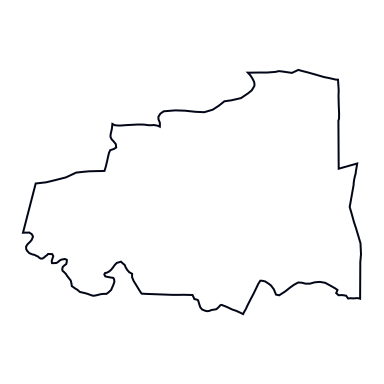 the district of Dangkao, Phnom Penh, Cambodia
{"feature_id": "14789045B25120607736063", "entity_name": "Dangkao", "entity_type": "district", "adm_level": 2, "iso_a3": "KHM", "parent_name": "Cambodia", "parent_adm1": "Phnom Penh", "projection": "albers", "projection_center": [104.846, 11.473], "detail": "fine", "context": "isolated", "style": "outline", "palette": "ink", "viewbox_px": 384, "rotation_deg": 0, "n_neighbors": 0, "source": "geoboundaries", "source_scale": "gbopen_adm2", "svg_char_len": 3184}
<svg xmlns="http://www.w3.org/2000/svg" viewBox="0 0 384 384"><path d="M360.1,298.7L360.3,262.0L361.0,254.3L360.5,243.3L360.0,241.6L356.1,228.5L354.0,222.2L352.0,214.9L349.7,207.0L353.6,185.0L353.7,183.1L354.1,179.9L354.8,176.7L355.6,173.7L355.9,171.4L357.2,163.5L338.7,168.7L338.4,120.6L339.0,119.0L339.1,113.6L338.7,104.2L338.6,98.7L338.5,96.0L338.7,90.3L338.0,79.7L335.8,79.6L330.2,78.3L323.8,77.0L315.9,74.7L308.1,72.5L303.0,71.2L300.0,70.4L298.4,69.9L291.9,72.9L283.1,71.6L278.9,71.1L275.4,71.9L267.6,72.5L261.9,72.5L248.0,72.7L247.9,72.7L250.5,75.5L252.7,79.0L254.2,82.2L254.5,84.7L254.3,86.1L251.7,90.4L248.1,93.3L241.0,98.1L231.4,100.3L224.4,101.3L218.7,105.8L212.7,109.7L204.3,112.2L195.4,111.8L185.0,110.7L176.2,110.4L175.0,110.4L163.7,111.3L160.3,113.7L158.4,116.8L158.5,119.3L159.8,122.6L159.9,124.7L159.8,126.7L158.2,125.9L155.2,125.2L153.7,125.0L152.0,125.2L148.6,125.2L144.8,124.7L141.6,124.5L137.7,124.5L132.7,124.8L126.5,125.1L121.0,125.5L118.0,125.5L114.7,125.2L112.4,123.9L111.9,128.6L111.1,132.3L110.6,134.4L110.5,137.0L111.7,139.4L113.7,141.5L115.8,144.1L116.2,147.5L113.8,149.0L110.2,150.2L109.0,152.9L108.0,156.9L107.2,160.8L105.7,167.0L104.5,170.9L102.6,171.0L96.7,171.1L89.0,171.3L83.6,171.8L76.1,172.6L65.9,177.4L54.5,180.3L46.2,182.3L35.7,183.5L23.0,232.7L25.9,232.6L27.2,232.7L29.1,232.5L31.5,234.0L32.3,235.0L33.0,236.8L31.6,240.0L30.1,241.8L27.5,244.3L26.1,246.6L26.2,249.1L27.0,250.6L28.4,252.2L29.3,253.1L31.1,253.9L32.7,254.5L34.4,254.8L36.5,255.9L37.9,256.5L39.5,257.9L40.8,258.6L42.6,258.5L44.2,257.4L45.6,256.1L47.0,255.2L48.0,254.0L52.2,254.1L53.3,256.1L52.5,258.4L51.7,261.1L52.0,263.1L54.5,263.1L56.2,263.0L57.8,262.2L59.7,260.5L61.4,259.6L64.9,259.0L66.8,259.8L66.8,261.7L66.2,264.1L64.4,265.4L62.8,266.9L62.2,269.1L62.6,270.8L64.1,272.1L65.8,273.8L67.0,275.7L68.6,277.8L70.7,280.5L71.5,283.7L71.8,286.1L73.3,287.1L74.9,288.3L77.4,289.8L79.8,291.9L81.8,292.4L84.9,293.1L88.0,294.0L91.4,295.3L93.6,295.8L96.8,295.2L99.5,294.5L101.2,294.1L103.5,293.9L106.4,293.9L108.1,292.7L111.1,290.0L112.1,287.7L113.6,284.2L114.4,281.6L114.1,279.4L113.3,277.9L109.0,277.2L105.3,276.4L104.3,274.4L105.0,273.1L106.8,272.7L109.3,271.4L111.2,269.7L113.4,266.9L114.9,264.8L116.8,262.9L121.0,261.7L123.0,263.6L124.6,264.8L125.7,267.4L127.2,269.9L129.2,272.2L132.1,273.8L132.1,277.3L133.7,281.1L136.4,285.4L139.6,290.7L141.6,293.6L143.8,293.8L173.4,294.9L184.2,294.8L192.5,295.0L193.6,297.3L194.4,299.1L196.5,299.5L198.1,300.3L199.1,303.7L200.2,307.1L202.1,309.5L205.3,310.8L207.6,311.2L209.6,310.8L211.5,310.0L214.1,309.6L216.4,309.2L218.6,307.2L220.4,305.2L221.6,304.9L225.0,306.2L227.2,307.1L229.3,308.1L232.2,309.5L236.1,310.8L239.9,312.5L243.1,314.1L244.0,312.2L245.7,309.3L247.8,304.8L250.5,299.5L253.6,293.6L256.7,287.2L258.3,283.8L260.3,280.7L262.5,280.8L265.3,281.5L268.8,283.8L271.0,285.5L273.9,289.4L276.0,294.6L279.2,295.3L285.1,291.5L289.9,287.7L293.8,284.9L298.2,282.5L301.8,282.7L305.7,283.7L309.7,283.7L314.8,282.3L319.8,281.9L325.2,282.8L329.6,285.2L335.1,288.3L337.5,290.0L336.2,293.1L338.5,295.2L342.5,295.1L346.1,295.7L348.1,298.5L350.3,298.2L353.3,298.4L357.0,298.1L358.7,298.3L360.1,298.7Z" fill="none" stroke="#020617" stroke-width="2"/></svg>